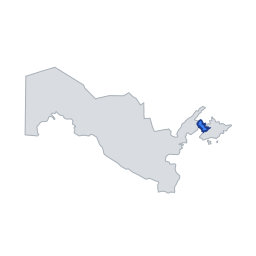 Pap, Namangan, Uzbekistan (highlighted), rotated 351°
{"feature_id": "79887680B13435458352129", "entity_name": "Pap", "entity_type": "district", "adm_level": 2, "iso_a3": "UZB", "parent_name": "Uzbekistan", "parent_adm1": "Namangan", "projection": "albers", "projection_center": [70.772, 41.09], "detail": "fine", "context": "in_parent", "style": "filled", "palette": "blue", "viewbox_px": 256, "rotation_deg": 351, "n_neighbors": 0, "source": "geoboundaries", "source_scale": "gbopen_adm2", "svg_char_len": 5652}
<svg xmlns="http://www.w3.org/2000/svg" viewBox="0 0 256 256"><g transform="rotate(351 128 128)"><path d="M201.4,120.2L205.2,118.4L207.3,119.6L207.5,120.3L205.2,121.7L203.1,122.5L202.5,124.2L200.4,124.9L198.3,127.3L195.0,129.8L195.0,130.3L195.3,130.7L196.3,131.0L198.5,132.3L200.6,131.6L201.1,131.7L201.7,132.5L202.2,134.7L203.2,135.3L206.2,136.5L208.5,136.5L209.6,136.9L209.8,136.7L209.9,133.4L210.9,134.0L211.9,133.6L212.3,131.9L212.1,130.8L212.8,130.2L213.2,130.6L213.2,131.6L214.3,132.3L215.2,133.9L215.4,135.7L217.5,136.2L218.3,135.8L218.9,136.0L219.2,138.4L219.5,138.6L221.3,138.1L223.0,139.0L224.9,140.8L227.0,140.8L227.4,141.2L228.9,140.8L230.7,141.3L230.7,141.6L230.4,142.0L226.4,144.2L225.3,145.8L224.4,146.3L221.9,145.5L221.5,146.4L222.0,147.3L221.4,148.3L220.1,148.0L219.9,147.5L218.7,147.8L217.2,149.4L216.6,150.7L215.2,151.1L213.4,152.4L212.6,151.4L211.2,151.5L209.5,150.5L208.6,150.3L200.7,151.7L200.0,151.5L199.2,149.7L197.2,148.8L197.3,147.9L201.4,144.2L201.9,143.1L200.5,142.5L200.7,141.5L198.1,138.6L197.6,138.4L197.3,138.5L196.3,140.7L189.3,144.3L188.2,144.0L186.7,142.5L185.7,142.1L184.4,143.2L184.4,144.6L183.1,145.7L184.2,149.5L184.1,150.0L183.2,150.2L183.8,151.6L183.2,151.8L179.9,151.1L175.9,151.9L176.0,152.5L179.5,152.5L180.0,152.8L180.1,153.3L179.9,153.6L178.0,153.9L177.8,154.4L178.8,156.2L178.3,156.5L177.6,156.2L177.1,157.3L175.9,157.2L175.2,160.4L174.2,161.6L172.8,162.1L164.5,160.3L162.3,161.3L160.8,162.7L159.7,166.2L159.8,166.6L163.3,168.1L163.8,170.3L168.2,170.6L168.9,171.0L169.3,171.6L169.4,172.2L168.1,175.7L168.5,178.8L169.1,180.3L171.6,183.1L171.5,184.6L170.9,185.9L170.1,187.1L169.3,187.5L168.2,189.0L167.1,190.8L165.2,193.1L164.5,194.4L164.2,198.3L163.6,199.4L163.6,199.0L162.9,198.5L161.0,198.3L160.6,197.8L158.1,198.6L156.5,198.2L154.9,196.5L151.9,195.8L148.0,196.0L148.0,192.0L148.4,189.0L149.8,186.7L149.8,186.3L149.2,185.4L146.9,184.7L144.2,182.7L141.8,181.3L140.4,180.9L138.7,181.4L137.3,181.2L130.8,175.9L125.4,172.1L121.8,168.3L119.9,168.5L115.2,164.9L112.4,161.1L102.5,152.5L100.7,150.5L100.2,149.5L99.9,144.7L99.2,142.4L98.0,141.1L97.1,138.8L95.9,133.1L95.4,132.0L92.5,129.4L90.8,128.6L89.5,128.8L88.7,129.7L87.6,129.6L83.3,128.2L78.3,128.1L74.3,124.7L74.1,124.2L74.2,123.5L75.2,121.7L75.2,120.9L74.7,119.9L74.8,119.0L75.3,118.5L76.1,118.8L76.4,118.5L76.3,118.0L75.5,116.7L73.7,115.4L74.1,114.7L74.4,112.9L74.8,112.0L74.6,111.7L73.3,110.2L68.5,109.5L67.5,108.9L66.6,108.3L66.0,106.2L65.6,105.7L62.4,104.4L59.5,100.5L58.6,102.0L57.9,102.2L55.5,101.4L54.1,102.2L56.7,106.1L57.2,107.3L57.1,107.9L56.2,107.9L55.6,106.1L55.1,105.5L52.3,104.2L51.2,105.1L50.7,106.4L49.1,108.5L47.5,108.7L44.0,108.3L42.8,108.6L42.0,109.1L40.3,110.9L38.3,112.2L37.9,118.8L38.9,120.5L37.5,121.7L25.3,118.7L35.2,60.9L52.8,58.2L65.3,56.6L90.6,78.4L91.1,79.2L91.3,80.9L91.9,82.2L100.3,94.0L114.6,93.1L128.7,95.5L134.3,93.3L138.2,98.3L140.7,100.1L143.9,107.3L147.5,105.6L146.4,113.9L145.9,116.4L145.5,121.3L151.3,121.8L152.2,129.8L153.2,134.9L154.5,135.6L165.6,135.3L166.4,135.7L168.0,135.2L168.9,136.9L170.0,138.0L169.1,141.5L170.5,142.9L173.5,144.6L175.4,144.6L175.8,144.0L175.7,143.2L175.3,142.4L175.3,141.3L175.7,140.6L177.6,138.0L180.6,135.4L181.3,134.5L181.6,132.9L182.7,132.0L185.3,131.0L185.7,130.1L188.9,128.1L192.4,126.8L194.0,125.8L195.6,123.8L197.9,121.7L198.7,121.7L199.4,122.3L199.9,122.4L201.4,120.2ZM200.7,139.9L200.3,138.9L199.7,138.5L199.4,138.7L200.3,140.0L200.7,139.9ZM207.4,156.6L205.0,156.6L205.5,155.0L204.6,154.3L204.4,153.5L204.6,152.8L205.2,152.5L205.9,153.6L207.7,154.1L207.1,155.2L207.6,156.4L207.4,156.6ZM214.6,154.9L214.1,156.3L213.1,155.7L213.3,155.4L214.6,154.9Z" fill="#d9dde1" stroke="#a8b0b8" stroke-width="1"/><path d="M204.8,136.0L204.4,136.3L204.2,136.3L204.1,136.0L203.9,135.7L203.6,135.6L203.5,135.4L203.4,135.2L203.2,135.3L203.0,135.5L202.8,135.8L202.8,136.0L202.7,136.1L202.4,136.1L202.2,135.9L202.2,135.7L202.2,135.4L202.4,135.2L202.4,134.9L202.2,134.7L202.2,134.0L202.3,133.8L202.3,133.5L202.2,132.9L202.1,132.7L201.7,132.2L201.5,131.9L201.4,131.6L201.1,131.4L200.7,131.7L200.4,131.6L200.0,131.8L199.8,131.9L199.7,132.0L199.4,132.4L199.2,132.5L198.6,132.5L198.2,133.6L197.9,133.9L197.4,134.2L197.2,134.1L197.1,134.3L197.0,135.1L197.7,135.0L197.4,135.7L197.4,136.0L197.5,136.5L198.0,136.7L197.9,136.8L197.7,136.9L198.0,137.2L198.4,137.5L198.8,137.6L198.5,137.8L198.3,138.0L198.2,138.3L198.4,138.3L198.6,138.3L199.0,138.9L199.2,139.1L199.4,139.3L199.5,139.4L199.6,139.5L199.9,140.0L200.4,140.7L200.6,141.1L200.8,141.2L200.9,141.4L201.0,141.7L201.1,142.0L201.4,142.3L201.3,142.5L201.2,142.5L201.1,142.4L200.9,142.0L200.7,142.3L200.6,142.6L200.7,142.8L201.0,142.9L201.9,142.9L202.0,143.0L202.3,143.2L202.3,143.3L202.2,143.6L202.5,143.4L203.0,143.3L203.3,143.1L203.6,142.9L204.0,143.0L204.4,142.9L204.4,143.3L204.7,143.2L205.0,143.2L205.4,143.0L205.6,142.7L205.8,142.7L206.0,142.3L206.3,142.3L206.7,142.0L206.9,141.7L207.1,141.3L207.4,141.4L207.6,141.3L207.8,141.2L208.1,141.0L208.5,141.1L208.7,140.9L208.4,140.9L208.0,140.6L207.5,140.7L207.4,140.3L207.3,140.2L207.2,140.0L207.2,139.7L206.6,139.7L206.3,139.8L206.0,140.0L205.9,140.3L205.8,140.2L205.8,139.8L205.6,140.1L205.5,139.9L205.3,139.8L205.0,139.5L204.6,139.6L204.4,139.4L204.2,139.1L204.2,138.9L204.2,138.6L204.3,138.4L204.2,138.2L204.3,138.0L203.6,137.4L203.7,137.0L204.1,137.1L204.3,136.8L204.5,136.6L204.8,136.6L204.8,136.0ZM200.9,140.4L200.6,140.1L200.3,139.8L200.0,139.4L199.9,139.4L199.6,139.3L199.6,139.2L199.7,138.9L199.8,138.9L200.0,138.9L200.0,139.0L200.1,139.3L200.3,139.4L200.4,139.6L200.6,139.8L200.7,140.0L201.0,140.2L201.1,140.3L200.9,140.4L200.9,140.4Z" fill="#3b82f6" stroke="#1e3a8a" stroke-width="1.5"/></g></svg>